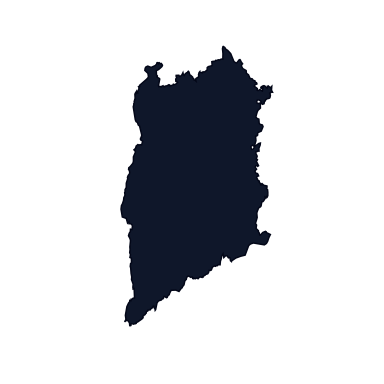 outline of Yangon (North), Yangon, Myanmar, rotated 201°
{"feature_id": "60261553B66884558345744", "entity_name": "Yangon (North)", "entity_type": "district", "adm_level": 2, "iso_a3": "MMR", "parent_name": "Myanmar", "parent_adm1": "Yangon", "projection": "equal_earth", "projection_center": [96.121, 17.31], "detail": "fine", "context": "isolated", "style": "filled", "palette": "ink", "viewbox_px": 384, "rotation_deg": 201, "n_neighbors": 0, "source": "geoboundaries", "source_scale": "gbopen_adm2", "svg_char_len": 6098}
<svg xmlns="http://www.w3.org/2000/svg" viewBox="0 0 384 384"><g transform="rotate(201 192 192)"><path d="M103.6,180.4L108.2,180.8L108.4,181.4L109.3,181.6L111.4,179.6L112.8,176.1L113.4,176.1L114.6,177.9L116.0,179.0L116.2,179.7L119.1,180.9L119.9,184.3L121.5,185.4L122.0,191.5L123.9,195.4L124.1,196.7L124.1,200.6L123.6,201.8L122.8,202.6L122.5,203.7L123.3,207.8L122.4,208.4L122.0,209.3L121.5,211.8L122.1,213.5L120.8,213.0L120.8,214.5L120.0,214.2L119.9,215.7L121.1,218.9L122.3,221.3L123.7,221.9L123.7,223.4L124.2,224.5L127.4,224.0L129.3,224.8L129.3,224.1L129.8,224.4L130.1,223.2L130.6,223.3L130.9,224.4L132.7,225.1L133.1,226.3L134.7,226.6L136.9,228.8L136.9,229.7L135.6,230.9L136.9,232.3L137.6,232.7L139.1,232.4L140.9,234.2L139.9,236.4L141.9,237.8L141.9,239.0L140.9,240.1L139.9,239.5L139.3,240.4L141.6,242.6L142.8,243.2L142.5,245.6L143.8,245.9L144.0,248.8L146.4,251.1L146.7,252.3L145.8,252.9L145.4,253.7L144.1,254.2L145.2,256.7L145.2,260.2L145.7,262.2L147.0,261.3L149.5,257.4L150.4,253.7L151.7,253.1L153.4,255.6L152.2,257.5L150.7,256.9L150.2,257.3L150.7,262.8L152.6,266.8L151.5,267.7L151.1,268.7L151.7,270.1L151.7,271.1L149.2,273.6L149.1,278.5L150.3,279.8L153.0,279.6L154.0,280.4L155.7,284.0L157.6,284.0L159.3,284.9L159.8,289.8L159.7,291.8L158.2,294.9L160.2,299.6L162.0,298.3L163.1,298.3L164.0,299.6L164.0,301.2L162.5,302.0L160.4,301.4L158.4,299.3L157.7,299.1L156.4,300.2L156.8,302.4L156.2,303.4L156.4,304.6L155.9,305.0L155.6,306.1L154.9,306.1L153.2,307.5L153.1,308.4L153.5,310.5L154.9,312.1L154.2,312.6L154.0,313.6L152.6,314.0L154.3,315.6L155.4,319.2L156.2,317.4L158.7,318.3L159.0,317.2L159.4,317.4L159.1,315.9L160.2,316.0L161.4,316.9L162.9,317.1L164.1,316.2L165.2,314.6L165.1,314.0L164.3,313.6L163.5,314.9L163.1,315.0L162.5,311.5L164.5,311.6L165.2,312.1L166.6,310.4L167.6,310.3L168.1,312.0L171.8,313.1L171.6,314.6L170.1,316.2L171.0,317.2L172.3,317.1L173.0,318.3L175.1,318.3L176.2,319.2L178.6,318.9L181.3,321.7L183.7,322.3L185.0,324.8L188.8,325.4L190.6,326.9L191.1,327.9L191.3,328.6L190.7,329.8L193.1,331.4L194.1,332.5L194.7,332.8L195.3,332.4L196.5,328.5L197.5,328.3L199.6,328.8L205.4,335.0L209.4,337.0L211.7,337.5L213.2,338.7L215.0,339.1L215.2,338.9L214.9,336.7L212.7,332.3L210.8,327.0L212.3,326.6L213.8,325.0L214.8,324.9L216.1,323.6L217.1,323.4L217.6,322.1L219.1,321.6L220.2,320.8L218.5,317.2L221.7,314.9L222.4,313.6L221.6,311.5L223.1,308.7L224.8,308.1L225.1,307.7L225.0,307.0L227.5,306.7L227.7,306.3L227.9,306.9L228.2,306.1L227.9,303.6L227.2,303.0L227.3,301.3L227.9,300.9L229.0,299.3L228.8,298.0L228.1,297.0L229.2,297.4L230.0,297.2L230.7,298.2L231.8,298.5L232.6,299.5L235.1,300.5L235.8,300.3L237.9,303.0L238.7,303.4L239.0,302.9L238.8,301.8L239.7,301.5L240.7,299.9L241.0,297.9L241.9,298.1L243.2,300.1L243.4,297.8L244.4,295.7L245.0,295.4L246.1,296.3L248.6,295.2L248.3,294.3L247.2,293.2L247.7,291.6L246.7,289.5L245.2,289.6L244.6,289.1L246.0,286.6L247.2,285.8L248.0,285.9L248.0,285.2L250.3,283.2L251.0,283.1L251.2,283.9L252.0,283.9L253.5,282.1L255.1,281.2L255.1,280.5L256.7,280.1L257.1,280.8L258.1,279.9L258.4,279.0L259.8,279.1L260.8,278.5L261.4,279.2L262.6,285.9L263.1,286.3L265.6,286.6L265.7,287.2L266.1,287.4L266.0,288.0L267.2,288.7L268.8,292.5L267.1,294.3L265.7,296.9L265.0,298.4L265.0,299.8L266.7,301.0L267.7,300.4L268.7,300.9L268.9,300.3L269.0,300.6L269.4,300.3L269.5,300.6L270.2,300.6L271.0,300.2L270.9,298.7L271.6,296.9L274.8,293.7L278.4,293.7L279.8,292.3L280.1,290.8L279.6,288.6L275.7,287.0L274.0,284.1L274.1,282.7L274.9,280.8L279.2,272.7L278.7,271.7L279.6,271.1L278.9,270.5L278.5,268.7L278.9,266.1L278.1,264.9L279.4,263.9L280.0,265.6L280.4,263.7L280.3,262.7L278.7,259.1L278.4,255.7L277.8,254.5L278.0,253.4L277.6,252.8L277.4,250.5L270.8,239.1L269.5,237.7L267.8,237.3L266.2,235.3L264.6,234.8L259.2,227.0L259.1,224.8L258.9,224.8L259.3,223.8L259.0,222.7L258.2,222.1L256.3,221.9L255.9,217.9L257.4,217.6L258.3,216.8L259.5,216.9L260.6,214.8L260.2,214.5L260.2,213.8L260.5,213.6L260.4,212.4L261.3,210.6L259.4,209.6L259.1,208.6L259.3,203.8L257.7,199.7L257.5,197.6L258.8,193.6L259.7,192.0L259.3,190.3L258.1,189.5L257.1,187.8L256.9,186.4L257.5,184.6L257.5,182.5L256.8,181.5L256.5,176.7L254.8,172.1L255.2,171.7L255.3,169.9L254.6,168.6L254.7,167.4L253.4,165.0L253.6,162.2L252.9,159.7L252.7,156.1L253.0,154.1L252.1,150.5L248.1,143.7L243.9,143.8L241.0,139.9L240.2,141.7L239.4,139.8L238.1,140.4L236.4,140.0L235.3,138.6L234.6,135.4L236.1,135.2L235.4,133.0L235.8,131.0L235.6,128.4L233.1,126.2L232.0,124.6L230.3,118.4L229.2,116.1L228.4,113.0L227.0,111.5L226.5,108.6L224.9,108.5L223.1,104.2L223.7,103.3L223.0,100.4L221.9,98.9L219.7,94.2L217.8,91.1L217.1,88.6L213.9,84.9L213.1,82.0L212.2,80.3L211.4,81.1L207.7,72.5L209.0,71.7L209.5,70.4L210.4,70.1L210.0,68.8L211.2,68.6L210.9,66.8L211.4,65.7L211.7,61.7L210.0,53.0L208.0,49.4L208.4,46.6L207.5,48.3L205.7,49.0L203.5,47.4L202.2,44.9L201.4,45.2L201.2,45.5L201.6,46.9L201.2,47.5L199.1,47.7L198.0,48.8L197.5,48.8L197.0,49.5L197.3,50.3L196.2,51.1L193.2,55.6L193.0,56.8L192.6,57.1L193.4,58.1L192.6,59.6L192.6,60.2L191.9,60.7L191.7,62.0L191.3,62.6L191.8,64.1L190.7,65.0L190.9,65.8L188.7,67.1L188.9,67.8L187.8,69.0L187.3,71.6L186.4,71.6L185.9,70.3L184.8,69.8L184.0,68.4L183.8,69.1L184.9,75.9L184.3,78.3L181.9,80.2L181.5,81.7L180.9,81.8L180.6,82.9L180.9,83.7L180.6,84.6L177.8,84.2L177.4,84.7L177.3,86.8L176.5,87.9L176.6,89.9L176.2,92.8L172.0,94.6L168.5,94.5L167.4,98.6L166.9,99.0L166.9,100.3L166.2,102.4L166.8,106.1L166.5,107.7L166.0,108.2L166.3,110.0L166.1,111.2L165.4,112.3L162.5,111.9L161.5,112.9L161.0,112.6L160.4,111.5L159.7,111.5L159.6,112.2L158.0,112.1L157.0,113.2L156.0,113.5L155.3,113.2L154.4,115.5L151.9,115.9L151.9,116.6L151.2,116.6L151.3,117.5L150.0,118.9L149.8,119.8L148.0,121.3L147.7,122.9L148.0,124.9L146.6,125.4L146.0,126.1L146.0,129.2L144.7,130.9L143.4,131.1L143.3,131.7L141.8,132.4L141.7,133.5L139.7,134.1L140.7,137.7L140.7,139.4L141.3,143.1L140.9,145.5L138.8,142.2L137.9,144.4L136.6,145.1L134.4,143.6L133.5,144.3L133.0,144.1L131.4,141.6L130.2,141.2L130.3,141.9L127.4,146.1L123.5,149.5L119.8,152.1L119.9,162.3L118.8,164.4L116.4,166.4L105.5,168.6L104.1,170.6L103.7,173.1L103.9,176.8L103.6,180.4Z" fill="#0f172a" stroke="#020617" stroke-width="1.5"/></g></svg>